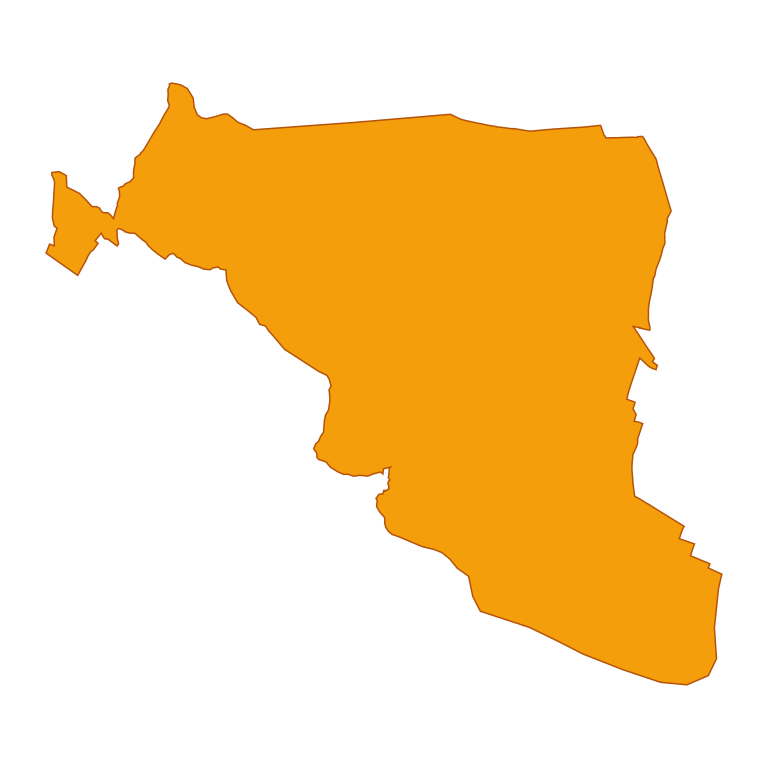 the district of Tampico, Tamaulipas, Mexico
{"feature_id": "50627088B71136761933939", "entity_name": "Tampico", "entity_type": "district", "adm_level": 2, "iso_a3": "MEX", "parent_name": "Mexico", "parent_adm1": "Tamaulipas", "projection": "robinson", "projection_center": [-97.894, 22.27], "detail": "fine", "context": "isolated", "style": "filled", "palette": "amber", "viewbox_px": 768, "rotation_deg": 0, "n_neighbors": 0, "source": "geoboundaries", "source_scale": "gbopen_adm2", "svg_char_len": 6059}
<svg xmlns="http://www.w3.org/2000/svg" viewBox="0 0 768 768"><path d="M642.4,136.4L641.7,136.5L640.7,136.5L639.8,136.7L637.7,136.6L637.5,136.9L637.0,137.3L635.9,137.4L633.8,137.3L631.7,137.2L631.0,137.3L629.6,137.3L628.6,137.3L627.0,137.4L626.2,137.4L625.5,137.4L624.2,137.4L622.4,137.5L620.5,137.6L618.4,137.7L615.3,137.7L606.4,137.9L606.0,138.0L605.6,137.7L605.4,137.2L605.2,136.6L604.9,135.9L604.2,135.6L603.5,133.7L600.6,125.4L598.8,125.5L595.1,125.9L591.5,126.3L587.8,126.7L582.6,127.2L579.1,127.4L574.8,127.7L571.0,127.9L567.3,128.2L564.3,128.4L560.2,128.6L557.6,128.8L556.9,128.9L553.1,129.1L550.4,129.4L547.4,129.6L543.5,130.0L539.3,130.3L538.0,130.4L536.8,130.6L535.4,130.7L535.1,130.8L533.5,130.9L533.0,131.0L531.0,131.0L530.9,131.1L529.1,131.1L527.5,130.8L527.0,130.7L524.9,130.4L523.7,130.2L522.9,130.1L520.9,129.7L520.2,129.6L518.9,129.4L516.7,129.1L513.9,128.5L513.4,128.9L511.4,128.6L509.0,128.4L500.6,127.2L500.0,127.3L485.6,124.8L484.0,124.4L483.3,124.2L482.5,124.1L479.6,123.5L478.5,123.3L475.1,122.6L474.2,122.4L472.1,122.0L468.9,121.2L468.5,121.2L464.6,120.3L462.3,119.7L460.4,119.1L450.5,114.3L356.0,122.3L253.4,129.8L245.4,125.2L237.9,122.3L232.5,117.6L227.5,114.1L223.5,114.1L215.5,116.5L206.8,118.7L201.4,117.8L197.2,114.5L194.2,107.5L193.2,98.1L187.3,88.5L180.3,84.7L172.7,83.2L171.0,83.2L169.4,83.9L169.4,86.2L167.9,89.4L168.2,94.8L167.7,100.5L169.2,105.1L169.0,107.0L163.7,115.7L159.5,124.0L153.8,132.7L146.7,144.9L143.2,150.6L141.1,152.6L139.6,154.7L136.6,156.9L135.0,158.3L134.9,160.4L135.0,163.2L134.2,167.1L133.5,171.9L133.5,178.0L132.3,179.0L130.5,181.4L125.3,183.8L123.2,186.2L120.8,186.9L118.4,188.1L119.3,191.0L119.7,196.3L118.1,201.0L117.2,203.7L117.6,205.7L116.7,207.6L115.3,211.9L113.5,218.6L111.0,215.5L108.4,213.0L106.8,212.7L104.0,212.8L102.1,212.1L100.9,210.5L99.6,208.1L96.4,206.6L92.2,206.7L85.9,199.8L79.3,193.3L66.8,187.1L66.3,175.6L59.2,171.6L51.8,172.5L51.8,174.8L54.1,179.9L54.6,182.9L53.4,202.2L52.6,212.0L52.4,217.7L54.2,226.1L57.1,228.1L54.0,237.0L54.3,245.7L49.6,244.1L46.1,253.1L77.7,275.4L85.9,260.6L88.1,255.8L90.7,251.7L93.3,249.9L98.1,243.3L95.1,240.7L101.3,233.1L103.8,237.9L105.4,239.1L107.5,238.8L117.1,246.0L118.6,243.8L117.3,238.2L116.9,230.1L118.7,228.4L122.1,229.7L125.3,231.9L129.6,233.1L134.8,233.2L142.4,239.8L145.8,242.1L148.4,245.9L153.7,250.8L157.7,253.9L165.1,259.1L169.2,254.7L173.3,253.3L177.3,257.4L180.3,258.4L185.0,262.6L191.4,265.1L199.5,267.1L203.6,269.1L210.2,269.7L212.7,268.0L218.2,267.0L220.4,269.0L225.9,270.0L226.7,280.3L228.1,284.5L230.7,290.8L237.6,302.7L248.2,310.9L256.1,317.5L259.5,324.3L265.6,326.1L268.5,330.6L273.3,336.0L284.5,349.3L318.7,371.4L326.9,375.4L329.1,379.0L331.1,386.1L329.0,390.0L329.5,393.5L329.9,399.8L329.4,404.2L328.5,410.1L325.7,414.7L324.5,419.7L323.5,432.2L320.6,436.5L318.3,441.7L315.7,443.8L313.7,448.7L315.5,451.4L316.8,453.1L317.0,457.5L318.6,459.5L325.9,461.8L330.4,467.2L337.9,471.9L343.8,474.4L347.7,474.2L353.8,476.2L359.9,475.3L367.8,476.1L373.3,473.9L380.6,472.0L382.9,474.0L383.5,468.8L387.1,468.0L390.4,467.1L389.2,468.6L388.8,475.7L388.4,476.7L388.4,477.9L389.9,479.9L388.5,481.2L387.9,483.6L388.8,486.1L388.8,488.9L385.1,491.2L384.9,490.4L383.7,490.5L383.0,493.7L379.0,494.3L376.0,498.5L377.2,500.3L376.6,506.6L379.3,511.4L384.6,517.5L384.8,523.5L385.7,527.2L388.2,531.0L388.4,531.3L392.0,534.4L398.2,536.5L422.2,546.6L434.2,549.5L442.1,552.7L449.7,558.9L457.4,568.3L468.6,576.3L472.8,596.5L476.1,603.0L480.4,611.3L529.4,627.4L556.9,640.7L582.9,654.0L623.4,669.9L660.5,682.3L686.9,684.8L708.3,675.6L716.5,658.7L714.4,628.0L718.4,589.3L721.5,575.2L721.9,574.2L713.9,570.6L713.1,570.3L711.3,569.4L709.2,568.3L708.7,568.1L708.3,568.0L708.7,566.9L709.9,563.8L707.7,562.9L706.2,562.2L704.7,561.6L701.8,560.5L698.1,558.9L694.5,557.4L690.5,555.8L691.5,552.7L692.4,549.6L693.4,546.9L694.5,543.9L690.3,542.5L686.6,541.2L682.9,539.9L679.3,538.7L680.3,535.7L681.3,532.6L682.7,528.9L684.1,526.3L680.8,524.3L677.5,522.2L674.2,520.2L671.1,518.3L667.4,516.0L664.0,513.9L660.7,511.9L657.4,509.8L654.5,508.0L651.4,506.0L644.1,501.7L643.6,501.3L642.6,500.7L638.9,498.5L638.5,498.3L637.1,497.5L634.7,496.2L634.6,495.3L634.3,493.7L634.3,493.3L633.9,490.7L633.4,486.7L632.9,482.4L632.6,477.8L631.9,469.1L632.0,464.7L632.6,458.4L632.9,454.6L633.5,453.2L633.9,452.5L635.2,449.5L635.7,448.5L636.6,446.5L637.2,445.0L637.6,443.0L637.6,442.7L637.7,441.6L637.6,440.6L637.5,439.7L637.6,439.3L637.8,438.4L638.2,437.1L639.4,433.6L640.5,430.3L641.6,427.0L642.7,423.6L641.0,423.0L637.9,421.9L636.0,421.6L634.2,421.4L635.1,418.2L636.1,414.6L636.0,414.1L635.8,413.8L633.2,409.1L633.2,408.2L634.1,405.6L635.1,402.3L626.8,399.2L628.4,392.6L628.6,392.1L629.5,388.8L629.7,388.2L630.7,385.1L631.7,381.9L632.9,378.6L633.9,375.5L634.5,373.9L637.5,364.9L639.7,358.1L640.0,358.3L642.6,360.6L647.4,365.2L649.8,367.1L652.6,368.5L652.9,368.7L653.3,368.8L656.1,369.6L656.2,368.6L657.3,365.4L654.8,363.5L652.4,361.7L654.5,358.5L650.8,352.8L649.2,350.5L647.5,348.1L645.9,345.7L642.6,340.6L639.2,335.4L633.3,326.4L640.0,327.7L639.7,328.1L641.5,328.4L643.1,328.8L646.7,329.6L649.8,330.2L649.9,329.0L649.9,328.2L649.9,327.5L649.8,326.6L649.4,324.8L649.3,324.4L648.4,320.1L648.3,319.3L648.4,318.2L648.5,312.5L648.4,310.2L648.6,307.7L648.8,305.6L649.3,302.2L649.5,301.2L651.5,291.4L652.2,287.4L652.7,283.3L653.2,279.7L653.4,277.7L654.1,277.3L654.3,277.2L654.9,275.2L655.2,273.7L655.9,269.7L656.4,268.5L656.5,267.9L658.6,262.5L659.4,260.7L660.7,256.9L662.4,250.3L663.0,247.9L664.4,244.7L664.9,243.2L664.9,241.5L664.7,239.6L664.8,237.3L664.6,233.6L664.8,232.7L665.4,230.2L666.1,226.5L667.5,221.2L667.0,219.4L667.4,218.3L669.8,213.7L671.1,211.0L670.8,209.8L670.3,208.2L668.4,201.9L666.8,196.5L666.0,193.7L664.2,187.3L664.0,186.7L663.4,184.7L662.7,182.2L662.6,181.9L661.7,179.0L661.1,176.8L659.9,172.9L659.0,170.0L658.9,169.6L658.3,167.4L658.2,167.0L657.7,165.2L657.4,164.0L656.6,161.0L655.8,158.3L655.6,158.2L653.9,155.4L652.3,152.8L650.0,149.2L649.4,148.1L648.3,146.2L647.1,144.3L646.0,142.2L643.9,138.2L643.5,137.8L642.4,136.4Z" fill="#f59e0b" stroke="#b45309" stroke-width="1.5"/></svg>